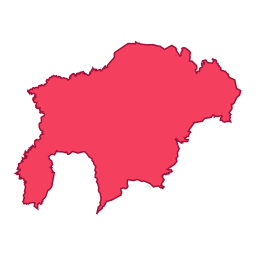 Atwima Mponua, Ashanti, Ghana
{"feature_id": "2480657B25907117051030", "entity_name": "Atwima Mponua", "entity_type": "district", "adm_level": 2, "iso_a3": "GHA", "parent_name": "Ghana", "parent_adm1": "Ashanti", "projection": "mercator", "projection_center": [-2.226, 6.556], "detail": "fine", "context": "isolated", "style": "filled", "palette": "rose", "viewbox_px": 256, "rotation_deg": 0, "n_neighbors": 0, "source": "geoboundaries", "source_scale": "gbopen_adm2", "svg_char_len": 5650}
<svg xmlns="http://www.w3.org/2000/svg" viewBox="0 0 256 256"><path d="M212.9,58.9L212.4,59.7L213.7,60.6L213.5,61.8L211.9,63.2L207.3,62.5L205.8,60.0L202.7,60.7L202.3,61.3L204.2,62.8L204.1,64.0L201.6,63.3L201.7,65.1L202.5,65.8L201.8,67.4L199.7,68.4L199.5,71.2L197.6,71.5L196.4,73.2L195.3,70.0L196.8,68.8L196.6,65.7L192.2,61.3L189.5,60.8L190.1,56.9L189.7,55.5L190.5,52.8L189.3,51.0L185.6,48.1L183.3,47.7L181.9,48.5L182.6,50.6L181.8,51.0L180.9,53.4L181.1,55.0L179.9,56.0L176.2,50.4L176.3,49.2L175.6,47.8L171.8,45.4L164.5,49.4L159.9,46.1L158.4,46.2L153.4,44.7L146.1,44.8L140.2,44.0L139.4,43.3L137.8,43.4L135.7,41.9L135.1,43.8L128.1,43.5L114.9,52.4L114.3,53.4L114.4,57.3L107.8,65.0L107.2,66.0L107.6,67.1L105.9,67.7L105.2,66.1L103.9,67.5L104.4,68.5L103.2,68.6L101.5,70.8L100.8,70.8L100.2,69.5L96.2,70.8L96.3,69.8L95.6,70.3L95.1,69.2L94.1,69.9L92.9,68.1L92.8,69.0L91.9,69.4L91.9,70.9L91.0,71.1L90.6,72.4L90.0,72.3L89.6,73.5L90.3,73.8L88.2,75.5L85.7,73.7L84.9,74.3L84.5,73.1L83.6,73.4L84.0,72.7L83.2,71.6L80.4,72.6L80.4,73.5L79.7,73.8L79.7,72.8L78.4,73.8L78.6,73.2L77.2,73.3L75.8,75.0L76.1,75.9L75.2,75.9L75.1,74.9L73.6,74.5L73.9,73.8L73.3,73.6L71.4,74.7L71.2,75.9L70.3,75.8L69.5,77.6L70.4,78.2L68.0,80.0L67.2,79.0L64.1,77.9L61.0,78.2L60.6,77.0L58.6,76.4L58.1,77.1L56.6,76.8L56.1,76.4L56.3,75.8L54.6,76.4L53.7,75.5L52.7,76.4L51.6,76.4L51.3,77.7L49.8,77.6L48.5,80.0L47.1,79.5L46.2,81.2L46.9,82.6L45.6,84.4L44.4,84.3L44.1,85.7L41.3,84.8L40.9,86.0L39.9,85.5L38.7,86.0L38.0,87.8L36.1,87.4L34.2,88.3L33.6,87.7L32.7,88.1L32.3,89.4L30.8,89.1L29.1,90.6L27.9,90.3L27.6,91.1L29.4,93.3L29.6,92.7L29.9,93.5L30.1,92.8L31.2,92.9L31.6,94.2L34.0,93.3L35.3,94.6L35.7,94.3L34.9,95.8L35.9,96.0L35.6,97.1L34.8,97.2L35.4,97.7L34.1,98.1L34.1,97.3L33.9,98.5L33.2,98.1L32.9,99.1L33.6,99.1L33.1,100.2L34.4,102.5L35.8,102.2L36.8,103.0L35.7,105.6L36.9,106.7L36.1,106.8L35.9,107.5L37.6,108.5L40.0,107.9L39.4,109.1L39.9,109.9L39.4,110.7L40.0,110.3L40.2,110.8L39.9,112.6L40.4,112.9L40.8,112.3L41.2,113.0L41.0,111.9L41.8,111.7L41.8,112.4L42.3,112.3L41.9,112.8L44.2,113.5L44.5,114.7L43.9,116.0L41.2,117.4L41.4,122.0L39.2,123.6L39.3,127.4L40.5,130.0L42.5,130.8L42.8,131.9L41.9,132.3L42.0,133.2L43.1,134.2L40.9,134.7L39.8,136.6L40.6,138.6L39.0,139.9L37.1,140.2L36.9,139.5L35.0,140.6L34.6,143.5L35.4,146.7L35.0,147.3L32.6,145.4L32.1,146.3L32.9,146.6L32.3,147.2L31.3,146.7L30.6,147.6L30.9,148.0L29.9,148.1L30.6,148.7L29.8,149.0L30.5,149.4L30.4,150.0L29.3,149.2L28.2,149.9L28.0,150.7L28.9,152.0L28.3,151.7L28.2,152.6L27.0,152.6L27.4,152.0L26.3,152.2L25.4,151.2L25.0,152.7L25.6,153.2L24.2,154.2L25.0,154.4L24.9,155.3L25.5,155.1L24.6,155.8L25.3,156.5L25.6,155.8L25.6,156.9L26.5,155.9L27.1,156.3L26.3,157.5L25.5,157.3L26.2,158.2L24.9,158.3L25.0,157.5L24.1,158.7L22.9,158.1L23.4,159.0L22.6,158.8L22.9,159.6L21.7,160.7L22.6,161.5L21.5,161.5L21.4,161.0L21.3,162.0L21.6,162.1L20.7,163.1L18.6,163.9L18.7,166.7L17.7,167.9L18.2,168.6L17.3,169.2L18.1,169.7L20.0,169.2L20.0,170.6L16.9,172.3L17.1,173.7L16.4,173.1L15.4,173.4L17.0,174.4L18.0,173.5L18.0,174.3L19.8,174.6L19.3,178.7L20.0,178.9L20.2,177.2L21.2,177.5L21.4,178.7L23.6,178.6L24.2,180.7L25.3,181.0L24.6,182.2L26.0,182.0L25.9,182.9L26.5,183.2L24.9,183.1L24.5,184.3L25.6,186.6L24.5,191.5L25.3,192.2L23.4,195.4L24.4,198.2L23.6,198.9L23.8,200.1L22.9,201.4L24.1,203.8L25.1,203.3L26.6,204.1L27.4,203.4L28.3,203.9L30.9,202.7L34.9,202.6L34.2,206.2L37.7,208.9L37.7,204.4L39.5,203.0L40.9,204.3L41.9,203.3L41.9,201.5L42.7,201.5L42.8,199.7L45.5,197.0L47.8,190.4L49.6,189.5L51.7,186.7L54.3,172.6L52.2,172.2L52.9,171.2L51.8,169.9L51.4,168.2L51.8,167.7L50.3,167.5L52.5,164.7L51.7,161.0L49.4,159.3L48.5,156.7L51.4,154.2L54.5,154.8L56.7,150.8L57.5,151.7L62.4,151.8L65.5,152.7L66.6,152.1L67.6,154.1L68.8,154.4L72.6,151.4L77.9,153.1L83.8,151.6L85.7,152.4L89.5,157.3L92.1,158.5L92.1,160.8L93.5,162.0L93.8,163.8L95.7,166.6L94.9,170.7L96.2,172.4L95.4,174.1L95.1,177.3L97.2,178.4L97.3,179.9L96.5,181.8L97.9,184.0L98.8,187.9L98.4,189.8L99.0,192.0L100.2,193.2L101.0,198.1L100.9,200.7L100.0,202.4L100.5,205.1L98.4,206.9L96.7,214.1L98.6,211.1L102.2,208.4L102.5,206.8L104.2,205.9L106.5,201.5L112.0,199.9L121.0,195.0L121.7,191.9L120.7,190.6L120.9,188.7L123.8,187.8L125.1,188.8L126.8,188.2L127.9,186.4L127.2,183.7L127.6,180.1L128.2,179.7L134.0,180.6L136.4,179.6L138.6,179.9L141.7,181.4L143.9,180.9L150.2,183.6L153.5,186.9L158.2,185.9L160.8,187.8L162.2,187.7L162.8,189.0L162.9,187.5L163.9,187.2L163.9,186.6L160.9,185.3L161.7,184.5L161.6,183.3L163.1,181.7L162.9,181.1L164.2,179.8L162.8,177.9L162.6,176.0L162.1,176.1L162.5,174.8L163.7,174.7L164.5,173.7L165.5,174.6L166.8,174.3L166.8,173.5L168.7,173.9L168.6,172.6L169.2,172.5L169.0,173.2L172.1,171.4L171.1,169.6L168.1,169.9L167.0,169.3L174.2,164.6L176.9,161.3L176.1,158.2L177.8,156.3L177.4,152.4L179.3,148.4L178.4,147.4L176.2,140.1L175.4,139.7L176.2,138.7L177.4,139.7L177.3,141.3L178.8,141.1L181.4,143.1L182.7,142.8L182.2,141.5L187.6,141.6L188.3,139.5L185.5,139.5L184.4,137.9L186.2,137.5L186.7,136.5L188.3,136.5L189.3,133.3L190.7,132.2L190.2,131.5L188.2,131.1L193.7,123.6L193.4,122.9L202.4,121.2L204.6,118.4L211.1,117.4L212.8,115.0L214.0,115.2L214.3,117.0L215.4,116.1L217.2,116.5L221.8,115.6L222.0,116.9L220.8,117.9L220.3,120.2L222.2,120.4L222.9,121.5L224.4,122.1L228.8,121.2L230.6,121.9L229.7,119.6L230.2,117.1L229.6,116.1L230.8,114.5L229.0,112.7L231.9,108.9L231.9,105.7L231.4,105.2L231.7,104.3L233.1,104.1L234.3,102.8L236.6,97.7L239.6,95.0L240.6,90.6L236.5,88.5L234.7,79.9L229.8,77.6L228.3,76.0L228.4,74.3L227.2,73.8L225.3,71.4L220.9,70.1L220.4,69.2L220.9,68.7L220.7,67.7L218.8,66.3L219.0,65.8L217.8,64.8L218.1,63.9L216.4,62.7L216.4,60.8L215.3,59.7L213.5,59.9L212.9,58.9Z" fill="#f43f5e" stroke="#9f1239" stroke-width="1.5"/></svg>